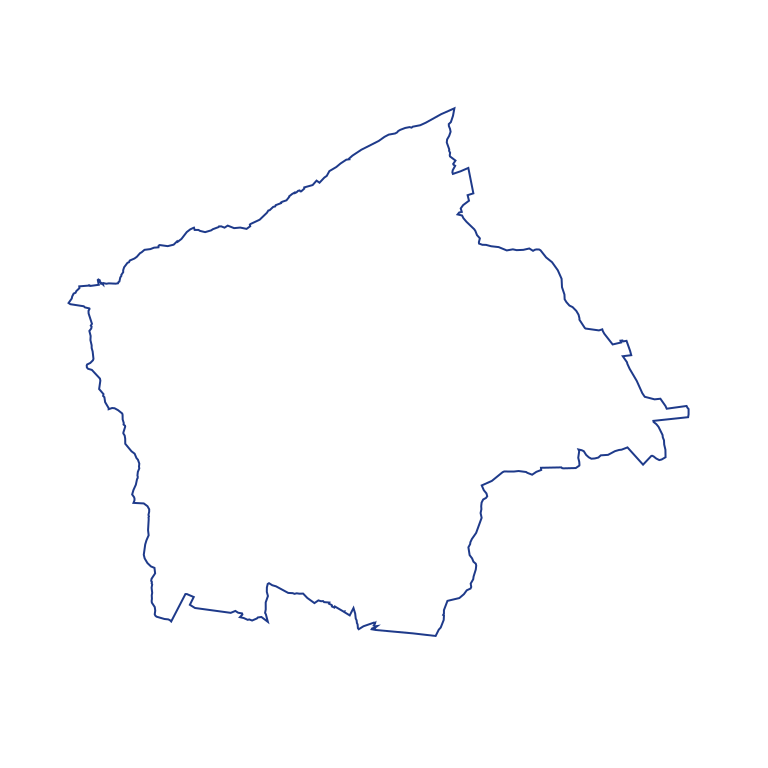 the district of Beceni, Buzau, Romania, rotated 349°
{"feature_id": "2599482B57070891345270", "entity_name": "Beceni", "entity_type": "district", "adm_level": 2, "iso_a3": "ROU", "parent_name": "Romania", "parent_adm1": "Buzau", "projection": "natural_earth1", "projection_center": [26.787, 45.38], "detail": "fine", "context": "isolated", "style": "outline", "palette": "blue", "viewbox_px": 768, "rotation_deg": 349, "n_neighbors": 0, "source": "geoboundaries", "source_scale": "gbopen_adm2", "svg_char_len": 6153}
<svg xmlns="http://www.w3.org/2000/svg" viewBox="0 0 768 768"><g transform="rotate(349 384 384)"><path d="M429.9,601.3L430.9,599.9L431.0,596.5L434.3,592.7L435.2,590.1L438.7,583.6L439.9,579.8L439.8,577.9L437.9,575.5L437.2,572.0L435.4,568.3L435.7,560.4L438.0,557.6L438.6,555.8L440.7,552.9L446.0,547.8L454.3,534.0L454.2,529.1L455.7,525.5L456.1,522.5L457.2,519.0L459.3,516.3L462.4,515.3L463.9,513.9L463.7,511.0L461.7,507.3L460.6,502.2L471.4,499.7L483.6,493.2L485.3,492.8L494.6,494.7L499.5,495.1L506.7,497.5L507.8,498.6L512.1,501.3L516.8,499.3L521.9,498.4L522.1,496.2L542.2,499.7L542.8,500.6L543.9,501.0L556.2,503.1L560.1,501.4L560.4,500.9L560.8,497.8L560.6,493.5L562.8,487.1L562.4,485.4L565.4,486.7L567.3,488.1L568.9,492.2L571.0,495.0L573.3,496.9L576.7,497.3L580.4,497.1L583.2,495.4L590.4,496.3L597.9,494.0L602.1,493.6L604.7,493.8L610.9,492.7L622.9,512.6L632.7,505.6L633.5,505.6L634.8,506.5L637.0,509.1L639.7,511.2L642.1,511.1L646.4,509.6L647.7,502.2L647.5,496.9L648.1,492.7L647.5,489.5L647.7,487.2L645.3,478.4L643.7,475.4L641.4,472.7L641.4,471.6L676.2,474.6L677.2,471.9L678.2,466.7L677.3,465.1L676.8,463.3L656.8,462.2L656.1,459.3L652.5,451.2L646.7,450.7L637.5,446.3L635.8,442.3L632.7,429.2L628.0,415.9L626.7,410.5L626.7,409.1L623.7,402.3L632.2,402.9L631.9,398.5L630.3,387.9L626.7,387.8L626.4,386.8L624.4,386.6L624.6,388.5L616.0,388.8L609.8,376.6L608.9,373.8L608.7,372.0L605.2,372.4L592.4,368.0L591.8,367.3L588.1,358.2L588.4,356.8L588.2,353.1L586.7,348.9L583.8,344.5L581.0,342.4L578.7,338.5L577.5,335.3L578.2,330.6L577.2,322.9L578.4,314.6L576.3,305.5L572.2,296.5L567.3,290.7L563.2,282.7L562.0,281.6L559.5,281.0L557.8,281.0L555.7,281.7L552.5,278.7L546.3,278.9L539.7,277.9L536.2,276.4L530.0,276.3L522.7,271.5L515.4,269.2L510.7,266.9L507.1,266.1L504.1,264.3L504.2,262.9L505.9,259.3L503.7,255.6L502.9,251.2L502.1,249.3L495.9,240.5L493.6,236.4L492.8,233.5L488.6,231.6L490.5,230.0L493.2,229.9L492.8,226.3L495.8,223.5L502.4,220.3L502.1,214.6L508.1,213.9L508.0,188.0L499.8,189.8L491.7,190.9L491.5,189.3L492.3,187.2L495.5,183.4L494.1,182.0L493.9,181.2L496.8,178.3L492.2,173.2L492.2,171.9L493.0,169.7L492.4,167.5L492.8,166.1L491.7,158.9L492.6,156.0L495.3,152.9L497.5,149.1L497.5,146.2L496.9,143.1L497.2,141.2L499.6,139.7L502.9,133.9L505.7,126.8L491.7,130.0L474.8,135.5L468.9,136.9L461.3,136.9L460.0,137.6L458.1,136.7L453.7,136.7L448.5,137.6L446.2,138.4L444.9,139.5L442.7,140.2L436.2,140.1L431.6,141.5L425.2,144.4L406.5,149.7L396.6,153.8L392.8,156.0L392.9,156.8L389.8,156.6L383.3,159.3L378.6,161.9L371.0,164.6L367.5,168.8L364.8,170.0L359.1,174.1L356.6,171.5L351.9,175.1L343.2,175.8L343.0,177.0L339.5,179.1L338.7,179.0L338.1,177.9L336.5,178.0L334.8,179.1L333.0,179.6L332.9,179.0L330.0,180.0L326.7,181.7L326.6,182.3L323.3,185.1L318.9,185.7L317.5,186.2L317.5,186.8L311.8,187.8L311.1,188.9L309.0,189.0L304.9,191.6L303.6,191.6L301.7,193.6L293.3,199.0L283.4,201.5L282.7,202.0L282.8,203.6L278.7,205.5L272.7,203.0L266.6,202.4L260.8,198.7L257.3,200.1L254.3,198.2L252.1,197.8L251.5,198.4L245.5,199.4L243.7,200.2L237.4,200.8L232.6,198.6L231.3,197.4L227.5,196.6L227.3,194.3L226.6,194.4L223.4,195.2L219.4,197.2L212.8,203.0L208.5,205.1L208.2,204.4L204.1,207.1L198.0,207.4L190.3,204.8L189.2,205.2L188.7,206.8L184.3,206.3L180.4,207.0L174.5,206.6L171.1,208.5L169.5,209.0L165.6,212.0L163.0,213.2L158.0,214.3L156.9,215.8L155.3,216.1L151.2,219.8L149.7,222.5L149.3,224.5L147.0,226.7L146.8,227.8L145.5,229.0L143.8,232.9L142.7,233.4L142.1,234.4L139.7,234.3L133.1,232.7L130.5,232.6L127.6,231.3L127.2,231.4L127.2,232.8L126.7,232.1L125.3,231.5L125.7,230.7L124.6,229.7L124.8,228.0L123.6,226.9L122.9,227.3L122.9,232.2L114.5,231.7L113.7,231.4L113.9,231.1L113.3,230.7L112.5,231.0L103.5,230.0L103.3,231.8L99.8,234.0L98.6,235.6L96.6,236.0L94.6,238.6L93.8,240.5L89.8,244.3L91.3,245.8L104.1,250.4L105.0,251.7L109.2,253.6L109.3,254.1L107.9,255.8L107.5,258.4L108.8,269.2L107.3,270.8L107.9,271.9L107.2,273.7L104.9,275.7L105.2,280.9L104.2,284.9L104.4,290.2L103.9,292.9L104.2,296.5L103.6,303.9L102.8,305.2L99.7,307.3L96.3,308.2L95.7,309.1L95.5,311.1L96.4,312.6L99.9,314.4L106.2,324.5L106.2,326.6L103.4,334.6L106.7,340.4L106.0,342.1L107.0,343.6L106.8,348.6L109.1,355.1L108.9,356.2L112.5,355.7L114.9,356.4L118.0,359.0L121.4,363.0L121.5,364.4L120.7,368.9L121.1,372.7L120.6,374.1L121.8,375.5L121.8,376.5L118.9,381.9L118.7,382.8L119.6,385.1L119.5,388.4L118.6,393.3L123.3,401.9L125.9,404.8L126.9,409.5L128.0,411.4L128.6,415.5L127.7,418.4L127.7,420.1L125.6,423.3L124.5,426.8L124.6,428.0L124.2,429.4L123.4,430.3L121.2,435.5L117.8,440.3L115.7,444.4L117.1,447.5L117.2,449.1L116.8,450.7L115.4,452.9L125.4,455.4L128.5,458.8L129.6,462.2L129.1,464.6L127.8,467.6L128.0,469.2L127.4,470.0L127.3,471.5L124.5,482.5L124.1,487.6L121.0,492.1L119.0,495.9L115.6,505.8L115.8,509.6L117.6,514.6L120.4,518.6L123.6,520.7L123.2,526.2L118.7,530.8L117.9,532.8L118.4,534.1L117.9,535.2L118.2,536.5L117.0,539.6L116.6,544.8L115.7,547.1L115.2,550.6L114.5,552.7L114.4,554.4L116.4,559.2L116.2,562.8L115.0,566.3L115.3,567.7L116.3,569.0L123.7,572.8L127.3,573.9L128.8,575.0L129.8,576.5L149.0,552.3L150.4,552.6L156.6,556.8L151.3,563.7L155.7,567.8L189.9,579.4L194.8,578.4L197.2,580.7L200.9,582.1L201.0,583.3L198.1,585.4L201.7,587.0L205.2,589.5L206.8,589.4L209.4,591.0L214.5,589.9L215.6,589.1L219.2,589.3L224.6,595.3L224.1,587.6L223.6,586.0L224.9,582.7L226.2,575.8L229.6,570.0L229.3,565.7L230.2,561.4L231.7,558.1L233.1,557.6L235.9,560.2L239.4,562.0L250.1,570.8L254.5,571.9L256.1,572.9L258.4,572.8L260.9,573.7L264.6,574.3L267.9,579.4L273.9,585.8L278.3,583.9L280.7,585.2L282.8,585.5L283.6,586.7L288.7,588.1L288.1,589.2L290.5,591.0L290.8,592.1L290.5,592.5L292.6,594.0L293.3,593.0L300.9,599.7L301.7,599.7L301.4,600.2L306.2,604.6L311.3,598.1L311.9,603.9L311.5,608.9L312.0,610.7L311.8,613.5L312.2,614.9L311.8,618.7L312.4,619.9L317.6,617.9L329.4,616.2L328.9,616.5L329.1,617.2L329.7,616.9L329.5,617.4L327.8,619.2L329.1,620.2L331.2,620.3L329.4,621.2L328.5,622.2L328.1,622.2L328.2,621.6L326.9,621.5L325.7,621.7L325.1,622.4L329.3,624.0L364.8,634.3L386.6,641.2L390.9,635.6L393.2,633.9L397.6,627.0L398.7,622.6L398.0,622.0L399.0,620.9L399.7,617.4L404.9,609.0L417.1,608.5L422.3,605.6L425.9,602.3L429.9,601.3Z" fill="none" stroke="#1e3a8a" stroke-width="2"/></g></svg>